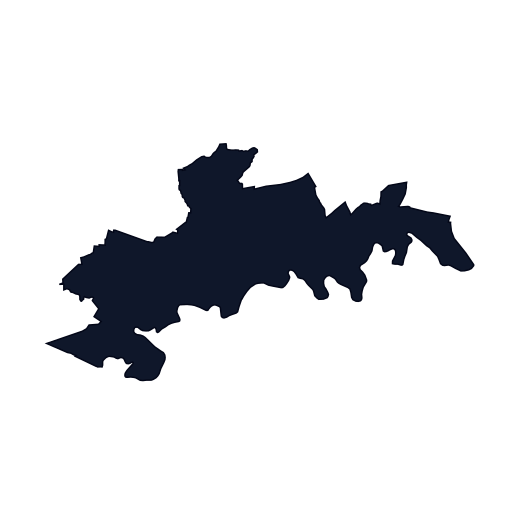 Numarán, Michoacán, Mexico (Robinson projection), rotated 85°
{"feature_id": "50627088B90395598020447", "entity_name": "Numarán", "entity_type": "district", "adm_level": 2, "iso_a3": "MEX", "parent_name": "Mexico", "parent_adm1": "Michoacán", "projection": "robinson", "projection_center": [-101.961, 20.258], "detail": "fine", "context": "isolated", "style": "filled", "palette": "ink", "viewbox_px": 512, "rotation_deg": 85, "n_neighbors": 0, "source": "geoboundaries", "source_scale": "gbopen_adm2", "svg_char_len": 6122}
<svg xmlns="http://www.w3.org/2000/svg" viewBox="0 0 512 512"><g transform="rotate(85 256 256)"><path d="M283.6,39.9L271.3,46.8L255.8,57.1L248.4,59.2L240.6,59.4L239.4,59.2L239.0,61.4L236.8,60.8L233.3,59.2L228.6,75.4L227.2,81.6L221.4,98.5L220.6,98.6L219.9,100.2L219.8,106.9L220.0,107.6L218.9,109.7L217.4,108.3L212.3,105.0L207.2,102.0L201.0,100.3L198.2,100.1L195.7,99.5L197.4,117.8L202.5,124.4L203.0,125.8L207.6,126.3L211.3,127.4L215.1,128.1L214.0,130.3L214.1,131.4L215.8,136.8L214.4,137.2L214.0,139.3L213.4,140.3L213.2,141.1L212.8,143.2L212.9,144.4L213.7,145.5L214.3,146.8L215.9,148.6L216.6,150.1L218.1,152.2L221.7,156.0L223.3,158.1L220.3,158.7L213.7,161.5L210.1,162.5L217.5,173.4L220.1,176.7L224.1,182.8L221.7,183.7L215.6,183.7L214.1,184.3L210.8,186.5L209.0,187.1L208.4,187.8L206.1,188.3L203.6,189.8L200.5,191.1L192.7,191.8L192.0,190.4L178.4,196.9L181.8,202.2L184.3,209.1L185.7,215.5L187.0,225.4L187.4,239.8L189.3,252.0L186.7,251.6L187.8,263.6L183.2,263.3L182.5,263.8L182.2,266.1L179.9,267.3L178.9,268.1L175.9,264.3L174.4,262.8L172.1,262.0L171.2,261.4L166.6,255.1L165.5,254.2L163.0,253.6L162.6,253.3L161.6,251.7L160.7,251.8L160.0,251.4L159.2,251.7L158.2,250.4L156.6,249.3L154.9,249.5L154.0,247.7L152.4,245.5L150.2,245.5L148.5,247.5L148.0,248.5L148.2,250.2L149.7,253.2L150.5,253.9L150.9,255.3L150.4,256.9L150.7,259.4L149.8,260.8L149.9,262.3L150.2,262.9L150.0,263.7L149.4,263.8L149.0,264.3L148.6,267.0L148.6,269.5L148.4,271.2L147.7,274.2L147.3,275.3L146.9,275.7L145.8,276.0L143.0,275.9L141.6,276.1L141.5,282.2L143.9,283.5L148.2,286.7L149.1,288.3L150.2,289.7L152.7,291.6L153.7,293.2L153.8,294.8L153.5,297.0L153.0,298.1L152.1,299.0L152.4,301.5L155.1,306.7L158.5,311.5L159.8,314.5L160.9,316.3L162.2,320.5L164.0,319.2L164.3,321.8L163.4,321.7L163.2,325.8L165.0,326.2L172.4,326.1L174.3,326.3L174.3,325.5L179.2,325.9L179.2,326.5L182.0,326.8L183.2,326.7L184.4,325.4L187.1,325.1L188.2,324.2L190.5,324.2L191.3,323.8L191.8,322.7L194.1,321.8L195.6,321.8L197.2,320.5L198.6,319.9L200.0,319.6L200.1,318.7L201.4,318.1L203.1,316.7L207.3,317.3L207.1,319.2L211.7,320.4L211.7,321.0L216.5,322.6L216.4,323.3L222.5,332.8L223.4,331.6L226.6,332.2L225.0,336.7L225.8,337.8L229.4,345.3L228.6,353.1L230.3,355.1L233.4,356.7L233.5,358.8L232.4,362.0L232.3,363.2L218.0,394.2L217.9,395.5L220.0,395.8L219.3,397.8L217.6,400.6L225.9,403.5L226.3,404.8L230.3,405.2L230.8,405.4L232.0,405.3L231.2,411.3L232.8,411.4L232.0,416.2L238.5,417.8L239.0,419.3L240.2,421.1L240.2,422.2L242.0,427.6L242.5,430.7L249.2,430.1L248.9,433.5L262.2,450.5L265.9,450.6L266.1,450.9L267.1,454.4L267.3,449.9L273.0,450.4L272.1,447.4L272.3,446.7L273.3,444.7L275.5,443.8L275.9,443.2L276.3,441.7L278.1,438.7L278.8,436.0L279.9,435.2L281.2,435.0L284.0,435.2L285.7,434.3L285.8,433.7L284.8,432.8L284.0,431.5L282.7,431.3L281.5,430.5L282.4,429.0L283.3,425.9L282.6,423.8L282.7,422.5L283.2,421.6L283.9,421.5L286.2,422.9L294.8,417.2L302.3,422.6L307.7,415.9L310.3,418.8L310.2,428.3L313.7,431.1L315.8,435.5L324.9,472.1L335.7,452.2L336.7,448.8L338.6,446.1L339.4,444.0L340.1,444.9L352.0,424.8L351.9,424.5L352.7,423.5L352.8,420.6L353.1,419.0L351.3,418.3L347.8,418.0L346.5,417.3L344.2,414.5L343.3,412.3L343.1,410.8L344.0,406.9L344.5,405.7L345.6,404.2L346.2,402.5L345.4,400.0L345.5,398.7L346.1,397.3L347.4,396.3L349.9,395.5L351.7,394.5L352.2,392.7L351.9,391.0L351.0,389.2L351.0,388.3L351.4,387.7L352.4,387.8L358.7,394.4L360.8,396.1L362.2,396.8L363.9,397.0L364.7,396.8L365.4,396.1L365.6,394.5L365.6,391.3L366.3,388.0L366.9,386.3L369.7,382.2L370.2,379.5L370.1,375.9L370.5,370.9L369.8,368.8L368.5,366.2L366.9,364.4L364.8,362.8L359.9,360.7L354.1,357.2L351.3,355.8L349.1,355.4L346.7,355.5L344.2,356.7L342.3,359.3L337.6,364.9L327.6,373.5L326.0,375.4L324.7,378.1L324.0,381.4L322.5,383.5L321.6,384.1L320.3,384.5L318.4,384.1L316.9,383.2L316.4,382.4L316.5,380.6L316.8,379.8L319.3,377.2L320.4,375.4L321.0,372.1L321.1,369.6L320.5,367.9L318.6,364.2L318.4,363.0L318.9,362.3L320.6,361.8L322.8,361.7L323.6,360.7L323.2,359.6L320.5,356.4L318.6,352.4L316.7,349.3L315.6,346.2L314.9,342.8L314.5,338.8L314.1,337.8L313.0,337.4L311.6,337.6L305.6,339.7L303.9,339.7L300.5,338.6L298.4,337.1L297.9,335.8L298.2,328.9L299.0,324.4L299.8,321.5L302.2,316.4L305.6,310.8L306.0,309.6L305.8,308.6L305.0,308.1L303.1,306.3L301.9,304.7L301.1,302.5L301.1,301.0L301.8,299.3L303.2,296.8L304.3,296.0L312.9,295.8L314.3,294.9L314.9,293.3L314.3,290.5L313.0,288.0L312.2,285.2L311.1,280.8L310.0,279.2L304.8,277.3L297.6,274.1L297.7,273.8L294.7,271.8L290.5,268.3L286.7,264.4L283.7,258.9L283.3,256.3L283.3,252.4L283.5,250.5L286.1,246.1L287.3,242.2L289.7,233.7L289.7,232.1L288.2,229.9L286.3,228.1L283.2,225.7L280.5,224.4L279.5,224.4L276.1,225.6L274.4,225.1L273.1,224.0L272.9,222.3L273.8,220.5L274.8,219.3L277.4,217.7L281.2,215.9L282.0,214.0L282.7,211.5L283.3,210.6L284.8,209.2L287.4,207.8L289.7,206.2L294.4,202.2L296.3,201.6L300.7,200.9L303.3,198.8L304.6,197.2L304.8,192.5L303.7,188.8L302.6,187.9L300.7,187.2L298.6,187.7L294.8,189.3L292.5,190.7L289.1,191.1L285.9,190.7L284.2,189.5L282.7,187.9L282.0,186.5L281.8,184.7L282.0,184.0L284.6,180.3L285.9,178.9L289.1,177.1L290.3,175.9L291.6,174.0L295.4,167.1L297.1,165.3L300.5,164.6L305.6,164.3L308.0,163.2L309.7,160.4L310.1,157.9L309.7,155.8L308.8,154.9L307.8,154.4L306.7,154.2L303.3,154.2L299.9,153.3L296.3,151.9L291.2,148.2L289.7,147.9L284.6,149.3L281.4,151.2L278.7,153.5L276.5,153.9L274.4,152.8L272.1,148.4L270.4,146.3L268.5,144.9L265.7,143.5L263.8,141.9L261.0,140.1L257.2,139.1L255.1,138.0L253.6,136.8L253.2,135.2L253.6,133.1L255.5,130.8L257.0,129.4L262.1,128.7L262.9,127.6L262.9,126.0L262.3,123.9L261.5,122.3L260.6,119.5L260.8,118.1L261.7,117.0L263.2,116.5L265.3,116.5L267.6,117.0L272.9,120.4L275.5,120.7L276.1,118.8L276.5,115.3L277.6,112.6L277.8,111.4L277.2,110.5L272.3,109.1L269.1,107.7L265.7,105.9L260.0,104.5L257.6,102.9L255.7,100.1L254.5,99.4L253.2,99.4L251.5,100.1L249.1,103.3L248.1,104.0L246.6,103.8L245.7,102.6L245.7,101.5L246.8,98.7L251.5,94.1L254.7,90.4L260.6,85.1L263.0,82.1L266.1,80.0L272.1,75.1L275.3,74.0L279.7,72.8L281.4,71.0L281.9,69.1L281.7,65.0L282.7,62.7L285.7,58.3L288.7,53.2L288.9,49.5L288.3,45.3L287.2,42.5L284.6,40.0L283.6,39.9Z" fill="#0f172a" stroke="#020617" stroke-width="1.5"/></g></svg>